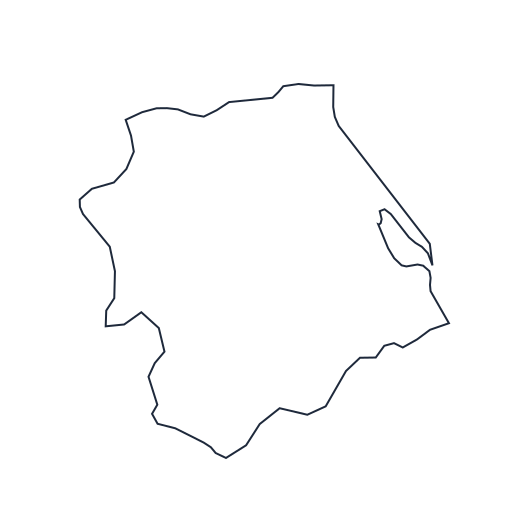 the border of Gampaha, rotated 158°
{"feature_id": "LKA-2471", "entity_name": "Gampaha", "entity_type": "District", "adm_level": 1, "iso_a3": "LKA", "parent_name": "Sri Lanka", "parent_adm1": "", "projection": "orthographic", "projection_center": [79.983, 7.117], "detail": "fine", "context": "isolated", "style": "outline", "palette": "slate", "viewbox_px": 512, "rotation_deg": 158, "n_neighbors": 0, "source": "natural_earth", "source_scale": "10m", "svg_char_len": 1175}
<svg xmlns="http://www.w3.org/2000/svg" viewBox="0 0 512 512"><g transform="rotate(158 256 256)"><path d="M120.2,385.3L128.6,365.2L130.8,355.5L130.6,345.6L90.3,202.2L95.9,181.2L95.6,194.1L98.7,202.3L103.3,208.5L107.2,216.0L115.3,244.4L119.3,251.2L124.5,251.2L125.7,243.1L128.1,239.7L130.2,239.1L130.3,239.1L130.8,239.6L130.6,213.7L128.7,202.1L124.5,192.8L120.5,190.0L109.4,187.6L104.5,184.3L104.0,183.1L100.9,177.0L102.3,170.3L105.5,164.0L107.3,158.0L102.3,121.4L122.3,122.4L138.0,118.3L154.2,116.2L160.7,123.5L170.7,124.7L183.0,117.0L197.7,122.7L215.6,115.7L247.7,90.5L267.9,89.6L291.1,106.0L315.5,98.8L336.1,84.2L359.5,80.0L367.2,88.4L369.5,95.6L374.4,102.6L395.4,126.5L410.1,137.3L411.5,148.6L403.2,155.1L400.9,184.3L390.0,194.6L376.7,201.6L373.1,225.6L383.4,246.8L403.9,241.9L421.7,247.1L415.3,261.5L403.2,270.0L392.5,294.7L388.1,319.4L400.7,359.7L400.9,367.4L398.3,374.4L383.0,379.8L360.2,377.4L343.6,385.2L330.2,398.5L326.8,414.4L325.8,431.1L307.7,432.0L292.8,430.2L283.1,426.4L273.5,421.2L263.6,411.9L252.2,404.8L237.8,405.9L223.3,408.8L181.4,396.5L173.8,399.6L167.1,403.2L152.3,399.6L138.3,392.3L120.2,385.3Z" fill="none" stroke="#1e293b" stroke-width="2"/></g></svg>